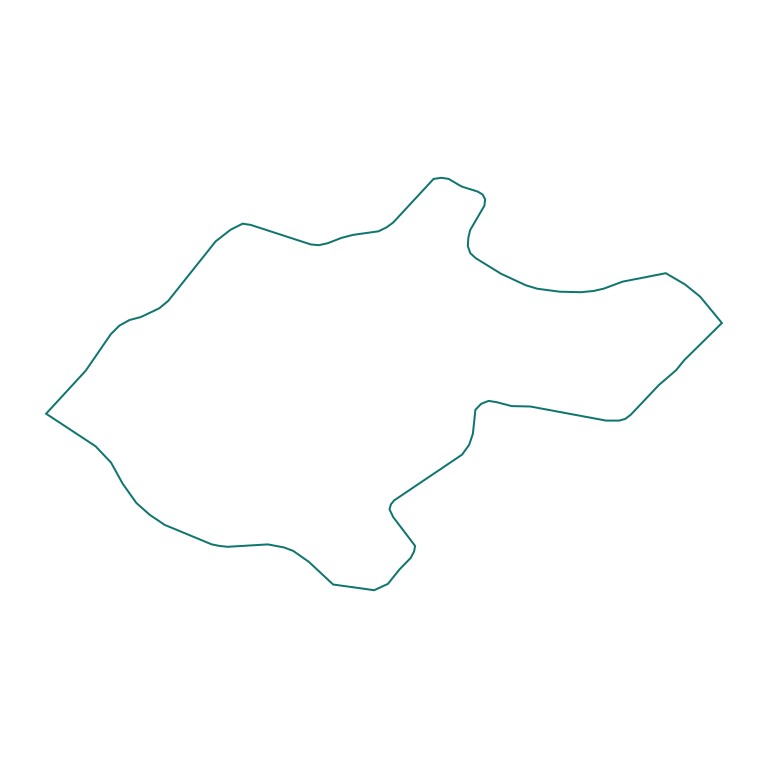 the National Capital Area of Nairobi
{"feature_id": "KEN-1196", "entity_name": "Nairobi", "entity_type": "National Capital Area", "adm_level": 1, "iso_a3": "KEN", "parent_name": "Kenya", "parent_adm1": "", "projection": "mercator", "projection_center": [36.917, -1.278], "detail": "fine", "context": "isolated", "style": "outline", "palette": "teal", "viewbox_px": 768, "rotation_deg": 0, "n_neighbors": 0, "source": "natural_earth", "source_scale": "10m", "svg_char_len": 1168}
<svg xmlns="http://www.w3.org/2000/svg" viewBox="0 0 768 768"><path d="M721.9,323.0L684.2,360.2L676.1,370.2L658.9,385.0L630.9,414.6L625.4,418.8L619.4,420.6L606.1,420.6L530.3,406.5L511.7,406.1L496.4,402.1L488.6,400.9L481.2,403.8L475.4,409.8L472.9,433.7L469.2,444.7L462.1,454.6L394.1,500.4L390.9,504.4L389.5,509.3L393.2,517.1L415.1,545.9L414.1,551.4L410.8,557.8L399.6,569.3L387.9,583.9L374.1,590.2L333.1,584.5L308.9,561.9L293.2,550.9L283.8,547.4L267.9,544.4L227.6,546.8L219.3,545.9L211.5,544.3L164.7,524.9L149.7,514.8L136.4,503.0L122.6,483.6L111.1,462.7L95.6,446.3L46.1,413.7L85.7,370.7L110.8,334.2L119.3,325.7L129.5,320.0L140.7,317.1L159.2,308.3L168.2,300.9L215.6,241.4L230.6,229.7L242.6,223.7L250.7,224.9L310.7,244.4L318.8,245.2L327.8,243.2L341.4,237.9L352.9,234.9L378.5,231.3L386.5,227.4L393.2,222.5L433.6,178.9L441.4,177.8L448.7,178.9L459.6,185.4L463.0,187.0L477.5,191.5L482.6,194.5L485.1,199.3L484.4,205.7L470.1,230.2L468.3,238.1L467.8,246.1L470.4,253.3L475.9,258.3L501.1,273.8L525.9,285.3L537.2,288.7L559.7,291.7L580.9,292.2L593.4,291.0L603.6,288.7L622.7,281.6L665.8,273.2L685.1,284.5L700.1,296.6L721.9,323.0Z" fill="none" stroke="#0f766e" stroke-width="2"/></svg>